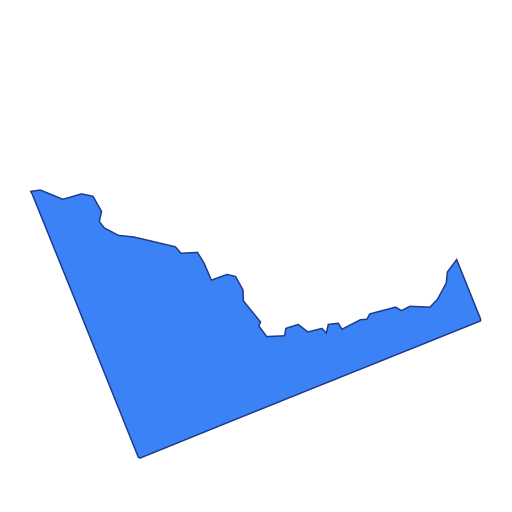 the district of McClain, Oklahoma, United States of America, rotated 338°
{"feature_id": "52423323B26439939384184", "entity_name": "McClain", "entity_type": "district", "adm_level": 2, "iso_a3": "USA", "parent_name": "United States of America", "parent_adm1": "Oklahoma", "projection": "robinson", "projection_center": [-97.344, 35.096], "detail": "fine", "context": "isolated", "style": "filled", "palette": "blue", "viewbox_px": 512, "rotation_deg": 338, "n_neighbors": 0, "source": "geoboundaries", "source_scale": "gbopen_adm2", "svg_char_len": 821}
<svg xmlns="http://www.w3.org/2000/svg" viewBox="0 0 512 512"><g transform="rotate(338 256 256)"><path d="M440.7,334.5L427.5,342.5L422.2,352.4L408.1,364.1L398.1,368.6L379.9,360.3L370.3,361.1L366.3,355.7L339.8,352.3L335.1,356.2L329.0,354.2L308.2,356.1L307.1,349.2L297.4,346.5L292.4,353.8L290.0,347.9L275.6,345.8L269.5,335.3L256.6,334.3L252.6,340.7L235.7,334.7L232.4,321.9L235.5,319.0L227.5,293.0L231.2,282.7L229.4,267.4L222.3,262.3L205.5,261.6L205.2,243.2L203.0,230.7L187.5,225.4L184.7,217.3L149.8,192.6L136.1,185.3L125.8,173.1L123.6,165.4L129.5,156.8L127.2,139.6L117.4,133.0L107.5,132.1L98.1,131.0L80.8,114.1L71.4,111.7L71.3,112.6L71.7,114.4L71.7,139.4L71.8,217.4L71.6,356.4L71.5,398.3L72.7,399.9L169.5,399.8L263.2,399.9L439.8,400.3L440.6,398.5L440.7,334.5Z" fill="#3b82f6" stroke="#1e3a8a" stroke-width="1.5"/></g></svg>